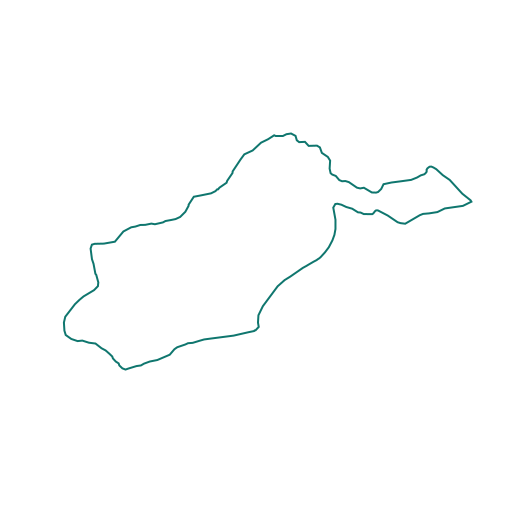 outline of Santa Catarina Ixtahuacán, Sololá, Guatemala, rotated 218°
{"feature_id": "79465075B97067153005308", "entity_name": "Santa Catarina Ixtahuacán", "entity_type": "district", "adm_level": 2, "iso_a3": "GTM", "parent_name": "Guatemala", "parent_adm1": "Sololá", "projection": "mercator", "projection_center": [-91.393, 14.713], "detail": "fine", "context": "isolated", "style": "outline", "palette": "teal", "viewbox_px": 512, "rotation_deg": 218, "n_neighbors": 0, "source": "geoboundaries", "source_scale": "gbopen_adm2", "svg_char_len": 2376}
<svg xmlns="http://www.w3.org/2000/svg" viewBox="0 0 512 512"><g transform="rotate(218 256 256)"><path d="M316.0,362.3L318.4,355.4L321.8,348.4L323.6,337.1L327.8,328.9L327.6,322.5L326.5,308.3L325.6,306.9L325.0,297.5L324.3,295.6L326.9,287.3L326.9,285.2L327.6,284.7L327.9,282.1L330.0,277.7L337.1,269.4L341.5,264.4L340.7,255.0L340.0,254.0L338.9,247.3L339.8,240.1L342.1,235.6L344.9,232.3L348.9,227.8L350.0,225.2L355.2,218.8L358.4,217.1L362.5,212.3L366.3,209.2L369.2,204.9L372.0,201.8L375.6,193.7L376.0,180.4L383.5,172.1L390.6,166.3L392.3,163.9L390.9,160.0L383.3,152.5L379.2,149.8L371.6,143.1L370.3,142.8L364.0,138.1L362.0,134.9L362.6,129.4L367.0,118.0L368.1,112.9L369.0,106.6L368.9,90.7L366.4,85.3L361.0,79.2L357.3,76.6L350.5,76.9L344.2,79.1L340.8,82.4L334.3,84.8L328.6,88.2L320.9,88.2L316.4,89.0L311.2,88.7L307.4,88.3L305.7,87.2L301.5,86.5L298.1,86.8L296.3,85.6L292.1,85.2L288.9,86.2L287.3,88.7L282.4,95.7L279.3,98.9L278.0,102.2L274.7,107.5L269.7,113.3L263.2,125.1L262.9,132.3L261.9,135.6L257.2,142.8L255.9,145.4L252.4,148.6L248.4,154.3L245.5,158.3L240.9,163.0L224.6,179.5L215.1,191.2L211.3,195.7L211.3,196.5L210.6,197.1L210.2,201.8L213.4,204.7L217.6,210.8L219.7,220.7L220.3,245.5L218.6,254.7L216.3,260.9L211.8,275.4L210.7,278.0L210.2,279.1L209.5,281.0L207.1,287.0L205.7,290.1L205.4,291.3L204.8,292.9L204.4,294.8L203.9,301.3L204.0,307.7L205.4,315.3L207.2,320.9L210.0,326.2L215.7,333.5L224.9,341.7L225.5,345.8L224.0,347.3L220.3,349.0L215.0,350.2L209.3,352.5L202.5,353.2L200.4,354.6L196.9,355.4L190.2,360.5L189.8,361.7L189.8,363.4L189.8,364.7L189.5,365.8L188.6,366.6L187.9,367.0L177.1,369.0L165.2,369.8L162.3,370.9L158.3,373.3L152.0,389.1L150.3,392.0L145.9,396.1L140.1,402.3L136.5,409.7L123.8,422.9L119.7,431.4L121.2,432.0L131.8,432.1L150.2,435.2L158.6,434.7L167.4,435.4L170.6,435.0L172.9,434.4L174.2,433.2L174.6,431.8L174.9,430.4L174.6,428.8L174.0,428.3L173.4,427.4L173.4,425.5L173.7,424.0L175.8,421.0L177.4,417.0L180.6,411.5L187.9,404.0L194.5,397.3L199.7,391.1L198.6,385.9L199.2,381.6L200.4,379.9L203.8,377.4L213.0,376.2L215.5,373.4L218.5,372.0L228.3,371.4L231.7,370.1L234.2,367.9L237.1,367.1L242.4,368.2L246.1,367.1L248.2,367.2L251.8,370.2L256.3,376.8L260.4,378.3L267.6,377.8L272.5,380.9L275.9,380.5L282.3,375.2L287.7,376.1L292.1,372.3L295.1,372.3L298.8,375.0L303.8,374.1L307.0,370.7L308.7,367.1L314.3,362.7L316.0,362.3Z" fill="none" stroke="#0f766e" stroke-width="2"/></g></svg>